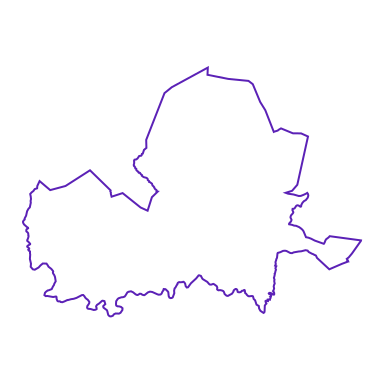 San Juan Tepeuxila, Oaxaca, Mexico
{"feature_id": "50627088B92335277656173", "entity_name": "San Juan Tepeuxila", "entity_type": "district", "adm_level": 2, "iso_a3": "MEX", "parent_name": "Mexico", "parent_adm1": "Oaxaca", "projection": "orthographic", "projection_center": [-96.763, 17.75], "detail": "fine", "context": "isolated", "style": "outline", "palette": "violet", "viewbox_px": 384, "rotation_deg": 0, "n_neighbors": 0, "source": "geoboundaries", "source_scale": "gbopen_adm2", "svg_char_len": 5996}
<svg xmlns="http://www.w3.org/2000/svg" viewBox="0 0 384 384"><path d="M57.3,300.7L57.8,301.2L58.6,301.4L59.8,301.3L60.7,302.0L62.4,302.2L64.5,301.4L67.4,300.0L67.8,300.1L71.0,299.2L73.7,298.8L76.5,297.9L81.9,295.1L83.2,295.0L84.3,296.1L85.3,297.7L86.4,298.8L87.7,299.7L89.3,301.8L89.3,302.9L88.6,304.3L87.3,306.1L87.1,307.7L87.6,308.5L88.4,308.8L90.6,309.0L93.8,310.0L95.6,309.7L96.6,309.1L96.6,308.0L96.1,306.7L96.3,305.9L97.1,304.8L99.0,303.6L102.0,300.9L102.7,300.7L104.4,301.1L105.3,304.1L103.3,306.0L103.2,306.8L103.6,307.7L106.9,310.2L107.3,311.2L108.2,314.8L108.9,315.7L110.1,316.4L111.4,316.3L112.9,315.7L113.8,314.4L115.5,313.5L119.0,313.6L120.5,312.8L122.4,310.0L122.5,308.2L121.0,306.9L119.2,306.4L117.5,306.3L116.4,305.7L116.1,305.1L116.0,303.7L116.2,301.2L117.6,299.1L118.5,298.3L121.4,297.3L122.9,297.2L124.6,296.6L125.5,295.5L127.3,292.5L128.4,291.8L131.0,291.3L133.1,292.3L135.7,294.4L136.8,294.9L137.7,295.0L139.9,293.7L141.2,293.9L142.4,294.8L144.1,295.2L144.8,294.9L147.9,292.4L149.8,291.7L150.4,291.7L152.3,292.0L157.4,294.3L158.7,294.7L159.6,294.6L160.6,294.5L161.6,293.6L162.4,291.7L163.7,289.9L163.5,289.3L163.7,289.0L165.5,289.2L167.8,291.4L168.3,292.2L168.7,296.1L169.4,297.6L170.5,298.1L171.7,298.0L172.7,297.4L174.3,293.2L174.1,290.7L174.6,288.4L175.4,287.6L176.8,285.0L177.4,284.4L177.4,283.7L177.9,282.8L179.1,282.1L179.5,282.1L179.8,282.3L182.5,282.1L183.1,281.8L183.5,281.8L184.1,282.2L185.1,283.5L185.7,286.2L186.8,287.5L188.0,287.3L190.9,283.3L196.2,278.4L198.6,275.4L199.1,275.3L200.9,275.9L202.3,278.6L202.9,279.2L207.3,281.9L209.1,284.0L210.0,284.6L211.3,284.6L213.2,283.9L214.4,284.4L215.5,285.3L216.0,285.6L216.8,286.3L217.3,287.7L217.1,289.3L217.6,289.9L218.5,290.3L220.1,290.1L222.0,290.5L223.3,291.1L224.0,292.1L224.6,294.0L226.4,295.6L227.0,295.8L227.9,295.9L232.0,293.7L233.5,291.5L233.6,290.6L234.3,289.8L235.5,289.0L236.5,289.1L237.2,289.9L237.7,291.9L238.3,292.2L239.7,292.3L240.8,292.0L242.0,290.8L243.1,290.7L243.8,290.1L244.5,290.0L244.8,290.4L245.2,293.1L246.2,293.8L246.8,294.8L248.1,296.0L249.0,296.3L252.1,296.0L253.0,296.4L253.7,299.0L255.1,300.3L256.5,304.6L258.8,306.0L259.1,308.4L259.8,309.8L260.5,310.9L263.5,312.9L264.3,312.4L264.6,311.1L264.8,305.6L265.7,304.2L266.4,303.6L265.6,301.9L265.5,301.1L266.1,300.7L266.6,300.6L267.6,301.1L268.0,301.1L268.1,300.5L267.8,299.5L268.1,299.4L269.4,299.7L270.0,299.7L270.0,298.9L270.4,298.4L270.6,297.5L270.3,297.0L270.8,296.9L271.0,296.4L271.1,295.8L270.8,295.1L270.3,294.5L269.3,294.2L268.8,293.4L269.3,292.9L270.3,292.9L271.9,293.5L273.0,294.6L274.0,294.6L274.2,294.3L274.2,293.1L273.8,292.0L273.0,291.1L273.5,290.4L274.1,288.5L273.7,286.4L274.2,284.5L274.7,283.7L274.2,281.0L274.5,279.7L273.9,277.8L274.3,276.7L274.8,274.3L274.6,273.8L275.0,273.3L275.6,270.6L276.0,269.8L275.4,268.2L276.3,266.2L275.1,265.7L275.8,264.1L275.5,262.5L275.6,261.6L276.1,260.4L276.3,259.2L277.0,257.8L277.5,253.4L277.8,252.9L280.3,252.2L283.0,250.9L283.9,250.8L285.0,250.7L286.5,251.0L290.3,253.0L291.4,253.1L292.2,253.1L293.6,252.4L298.7,251.5L301.2,251.3L305.5,250.2L307.6,250.6L308.7,252.0L312.1,253.8L313.5,254.3L314.5,255.0L315.6,255.3L316.0,255.7L317.0,257.9L329.3,269.3L342.0,263.8L347.1,261.9L346.8,261.6L347.0,261.4L348.2,261.4L348.0,260.8L347.5,260.7L347.3,260.3L347.5,259.9L346.8,258.9L348.8,257.3L351.9,253.6L360.9,240.9L361.0,240.4L329.7,236.2L328.6,237.4L326.1,239.3L325.4,240.5L324.6,242.6L323.8,243.8L314.8,240.6L311.1,238.7L308.5,237.7L306.0,237.2L303.5,231.2L302.4,229.7L300.8,228.3L299.1,227.1L296.1,225.8L294.1,225.6L291.9,224.8L289.1,224.3L289.0,224.0L289.6,222.9L290.9,221.6L291.4,220.5L291.5,219.7L290.5,217.6L290.6,216.5L291.1,215.3L292.8,213.4L293.3,212.5L293.2,211.8L292.4,210.1L292.6,208.9L293.4,208.9L294.6,208.3L296.2,205.9L297.0,205.4L297.8,205.3L299.1,205.8L300.3,206.7L300.9,206.6L301.2,206.1L301.3,204.9L302.5,202.7L304.0,201.1L305.8,200.1L307.7,197.7L308.2,196.1L308.3,195.3L307.9,193.8L307.2,192.9L306.2,193.6L303.4,194.9L300.8,195.9L298.8,196.0L293.6,194.5L288.1,193.7L285.7,192.8L292.1,190.8L297.3,184.8L308.0,136.5L301.1,133.4L292.9,133.3L281.0,128.4L278.6,129.8L277.7,130.6L274.4,131.6L273.8,131.9L265.3,110.2L260.2,102.0L252.8,84.2L248.5,80.9L228.2,78.9L207.5,74.8L207.8,67.6L171.8,87.2L164.5,93.1L146.2,139.9L146.4,147.9L144.0,149.9L142.8,153.6L141.9,153.9L141.6,155.3L141.2,155.7L139.2,156.0L137.5,158.5L136.3,159.4L134.5,159.7L134.4,159.9L134.0,160.9L134.2,161.7L134.1,163.8L133.8,164.5L133.8,165.4L134.2,165.9L134.1,166.1L135.2,167.3L135.3,168.4L136.3,168.9L136.4,170.2L137.7,171.4L138.2,171.6L138.3,172.1L138.7,172.7L139.3,172.6L140.0,172.9L140.1,173.3L140.5,173.6L140.9,174.3L142.0,175.1L141.9,175.8L143.6,177.1L146.6,177.9L147.6,178.8L147.8,180.1L149.0,181.0L149.2,182.0L149.7,182.0L152.0,183.7L152.5,185.5L153.6,186.4L154.1,187.4L154.3,187.4L154.7,188.5L155.4,189.4L156.1,189.7L156.7,190.4L156.5,191.4L157.7,191.6L151.9,197.2L147.6,210.7L140.6,207.5L122.6,193.1L111.6,196.7L110.8,193.7L110.9,192.5L110.3,191.4L110.6,190.4L90.0,170.3L65.5,186.0L50.2,190.1L39.6,181.1L37.3,186.0L37.1,188.3L34.7,189.1L33.4,191.0L31.6,192.4L30.2,194.0L30.7,196.3L31.0,199.0L30.6,201.0L30.8,202.7L29.8,207.4L28.5,208.7L27.1,211.2L26.1,215.7L24.6,218.5L24.7,219.5L23.6,220.5L23.0,221.7L23.1,222.7L24.0,224.4L26.9,227.0L28.0,227.7L28.1,228.3L26.8,229.1L26.4,229.7L26.3,230.4L26.3,231.2L26.7,231.7L27.5,232.3L28.1,233.1L28.3,234.1L28.3,235.5L28.5,235.7L28.5,236.7L27.9,238.7L27.3,239.9L27.2,240.8L28.8,242.2L29.3,242.9L30.1,243.6L30.1,244.3L27.7,245.7L27.3,246.2L27.2,246.7L29.2,248.4L29.1,249.1L28.3,249.8L28.8,250.6L30.0,251.4L30.0,253.5L30.2,254.5L29.9,259.0L31.0,263.7L30.7,266.8L32.8,269.3L34.8,269.7L38.6,267.5L40.5,265.4L42.8,263.5L46.5,263.6L47.8,265.4L48.5,266.7L51.3,268.9L53.0,271.0L53.2,271.7L52.9,272.4L53.1,273.4L54.3,275.2L55.0,277.0L55.7,281.3L54.3,283.7L54.0,284.9L53.0,286.4L51.7,289.1L48.7,290.3L47.6,290.5L45.9,291.8L45.0,292.8L44.4,295.1L45.7,296.1L47.4,296.0L53.1,297.0L56.0,296.5L56.5,297.0L56.6,298.9L57.3,300.7Z" fill="none" stroke="#5b21b6" stroke-width="2"/></svg>